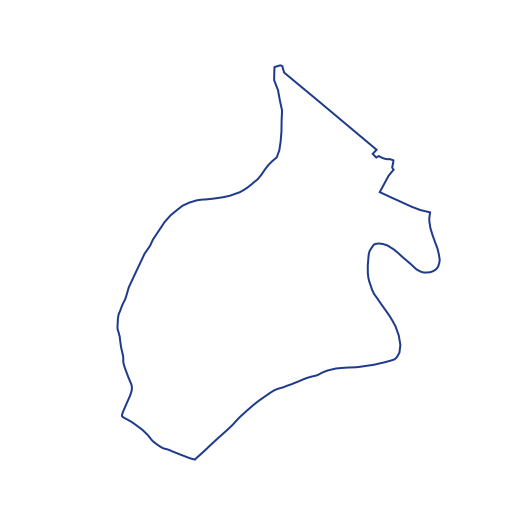 outline of Phu Tan, An Giang, Vietnam, rotated 71°
{"feature_id": "81297802B56486108937036", "entity_name": "Phu Tan", "entity_type": "district", "adm_level": 2, "iso_a3": "VNM", "parent_name": "Vietnam", "parent_adm1": "An Giang", "projection": "albers", "projection_center": [105.28, 10.655], "detail": "fine", "context": "isolated", "style": "outline", "palette": "blue", "viewbox_px": 512, "rotation_deg": 71, "n_neighbors": 0, "source": "geoboundaries", "source_scale": "gbopen_adm2", "svg_char_len": 3709}
<svg xmlns="http://www.w3.org/2000/svg" viewBox="0 0 512 512"><g transform="rotate(71 256 256)"><path d="M95.6,181.6L101.8,181.4L106.4,181.2L116.1,182.7L126.9,184.0L136.3,187.7L146.3,191.3L155.5,195.3L163.6,199.5L169.5,204.3L171.5,209.5L173.9,214.5L177.2,219.5L180.9,224.4L184.0,229.5L185.9,234.7L186.9,237.2L188.6,242.1L189.4,245.2L190.4,250.3L190.5,261.4L189.7,268.0L187.9,277.6L187.4,279.7L186.8,282.4L186.5,283.8L185.0,289.1L184.1,293.7L183.8,301.6L184.5,308.6L184.5,309.0L186.7,315.4L189.7,323.5L194.2,331.5L200.9,340.2L206.9,348.1L211.9,352.9L217.7,360.8L219.7,362.7L223.0,365.9L231.0,373.7L234.7,377.3L243.5,385.8L244.1,386.4L251.3,391.5L254.8,394.2L256.2,395.8L258.7,398.2L260.5,399.8L261.9,400.9L263.1,401.9L264.3,402.9L265.6,404.2L266.4,404.8L267.3,405.4L268.0,405.8L268.3,405.9L270.6,407.1L272.7,407.9L277.0,409.7L279.3,410.5L280.4,410.7L281.7,410.8L283.8,410.8L285.8,411.0L287.9,411.1L289.9,411.6L293.4,412.3L297.4,413.1L300.9,413.6L301.8,413.6L305.0,414.0L307.0,414.2L309.9,414.9L312.0,415.7L313.2,416.0L314.4,416.2L315.7,416.3L315.9,416.3L318.4,416.4L321.9,416.4L323.3,416.3L328.8,416.2L334.4,415.8L336.1,415.7L337.1,415.7L338.2,415.8L339.2,416.0L340.2,416.3L342.0,416.9L342.8,417.4L345.9,419.6L347.6,421.0L351.2,424.4L353.8,426.8L357.1,429.8L359.8,432.3L360.9,433.2L362.7,434.4L363.8,434.8L364.0,434.8L364.3,434.7L365.3,434.0L367.6,432.0L368.6,431.0L371.6,428.3L373.9,426.5L379.4,422.7L381.8,421.0L383.8,419.8L386.9,418.2L389.7,416.8L392.0,415.9L396.3,414.4L398.3,413.4L400.2,412.1L401.5,411.3L404.7,408.9L406.6,407.3L406.8,407.2L407.9,405.9L410.1,402.6L411.7,400.6L413.2,399.1L417.1,394.5L418.7,392.7L422.8,387.8L425.4,384.7L426.9,382.7L427.8,381.2L428.2,380.6L428.6,380.0L428.4,379.7L427.6,378.0L427.1,376.9L426.3,374.8L422.0,364.9L420.8,362.5L415.9,351.3L414.3,347.4L410.3,338.0L408.0,333.0L404.2,326.1L402.3,322.1L399.2,314.8L396.4,307.9L394.8,303.5L393.4,299.3L392.5,296.0L391.7,293.2L390.2,288.0L389.4,284.6L389.2,283.7L389.0,282.9L388.8,281.1L388.7,278.4L389.0,273.6L388.8,268.2L388.8,263.4L388.7,262.4L388.4,256.4L388.0,251.2L387.9,247.2L388.1,243.0L388.7,237.2L388.3,234.2L387.8,231.4L387.6,227.6L387.6,225.1L388.4,217.0L389.7,211.7L391.3,205.7L393.8,197.5L394.3,195.2L394.7,193.3L394.8,192.8L395.7,187.8L396.6,183.3L397.2,180.1L397.6,176.1L398.2,170.8L398.8,162.6L398.8,158.6L397.8,156.2L396.2,154.2L394.0,151.8L387.2,148.5L383.8,147.9L377.6,146.9L367.7,147.0L361.4,148.1L355.9,149.3L350.3,150.9L341.6,153.5L341.1,153.6L334.7,155.4L330.4,156.7L325.5,157.3L322.9,157.2L319.7,157.2L317.0,157.2L312.9,156.8L308.5,155.8L301.6,153.5L294.5,150.4L290.8,148.7L288.1,146.8L285.1,143.0L283.6,140.7L283.5,139.0L284.2,135.7L285.9,132.2L288.8,128.3L294.6,123.6L298.5,121.2L304.7,117.8L313.5,112.6L317.8,110.3L320.6,108.8L320.9,108.6L324.4,105.4L326.3,102.7L327.3,99.6L328.1,96.3L328.0,94.2L327.7,91.7L326.8,89.3L325.4,87.3L322.4,85.1L319.6,83.6L314.3,82.6L308.0,82.0L300.8,82.2L293.5,82.3L286.3,82.0L280.2,80.9L277.2,80.1L273.0,78.0L271.4,77.2L270.9,78.0L266.1,85.6L260.2,92.7L248.5,105.0L248.1,105.4L246.2,107.5L235.9,118.2L227.7,109.3L223.2,104.4L222.2,102.8L219.2,97.8L218.0,98.2L217.5,98.3L216.5,98.4L216.1,98.2L215.7,97.8L214.9,97.4L214.3,97.1L214.0,96.9L213.7,96.6L213.6,96.4L213.3,96.3L212.7,96.2L212.4,96.0L212.0,95.6L210.6,95.1L210.2,95.0L209.0,96.6L207.8,98.1L207.7,98.6L207.7,99.1L207.3,100.1L206.9,101.1L206.0,102.5L204.6,104.4L203.9,105.1L202.5,106.5L201.5,107.3L201.5,107.6L201.6,108.3L202.1,110.2L202.0,110.3L197.4,112.4L194.8,107.4L160.1,128.3L128.2,147.5L113.1,156.7L91.9,169.6L91.3,169.7L90.3,169.5L88.1,169.6L87.0,169.5L85.9,169.3L85.3,169.3L84.6,169.7L84.3,170.0L83.8,170.8L83.6,171.1L83.4,177.0L88.0,178.8L95.6,181.6Z" fill="none" stroke="#1e3a8a" stroke-width="2"/></g></svg>